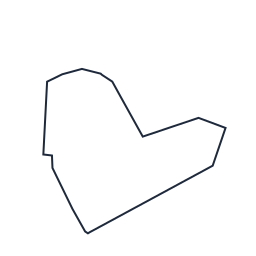 Hillcrest Gardens, Castries, Saint Lucia (Robinson projection), rotated 154°
{"feature_id": "8701671B99228851829724", "entity_name": "Hillcrest Gardens", "entity_type": "district", "adm_level": 2, "iso_a3": "LCA", "parent_name": "Saint Lucia", "parent_adm1": "Castries", "projection": "robinson", "projection_center": [-60.971, 14.011], "detail": "fine", "context": "isolated", "style": "outline", "palette": "slate", "viewbox_px": 256, "rotation_deg": 154, "n_neighbors": 0, "source": "geoboundaries", "source_scale": "gbopen_adm2", "svg_char_len": 479}
<svg xmlns="http://www.w3.org/2000/svg" viewBox="0 0 256 256"><g transform="rotate(154 128 128)"><path d="M213.4,109.7L213.4,79.6L211.9,53.8L210.2,50.9L209.1,51.0L208.4,51.1L68.4,57.0L40.3,85.3L60.2,106.2L85.5,109.5L118.5,113.8L120.9,158.8L121.8,176.6L127.7,186.5L128.3,187.6L128.7,188.8L135.1,194.2L143.5,201.3L158.3,204.1L163.5,205.1L180.4,205.1L203.2,163.9L215.7,141.3L209.9,137.6L208.4,136.6L213.4,125.2L213.4,109.7Z" fill="none" stroke="#1e293b" stroke-width="2"/></g></svg>